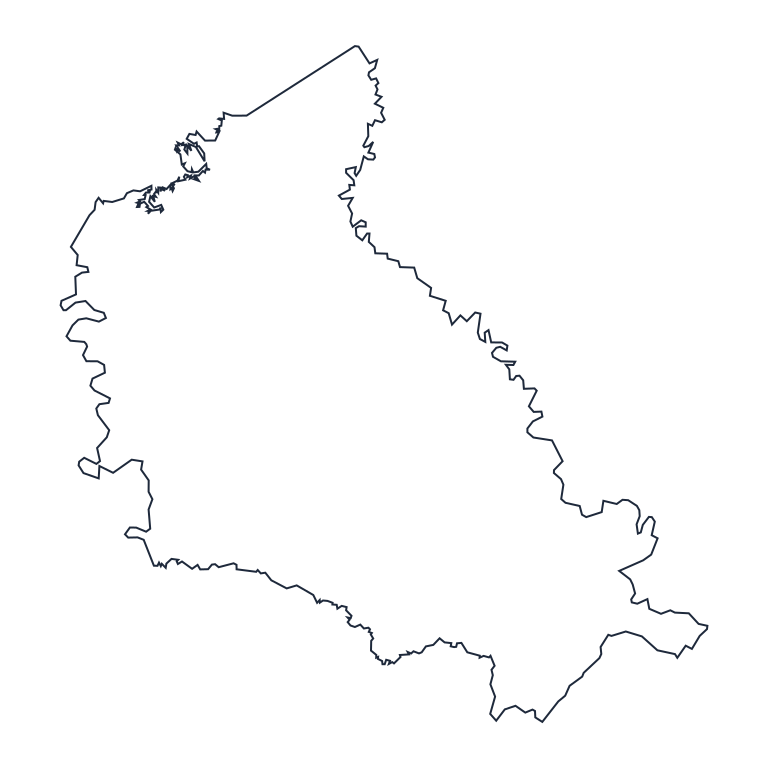 the district of Puerto Parra, Santander, Colombia
{"feature_id": "7082276B16167878822858", "entity_name": "Puerto Parra", "entity_type": "district", "adm_level": 2, "iso_a3": "COL", "parent_name": "Colombia", "parent_adm1": "Santander", "projection": "mercator", "projection_center": [-73.991, 6.701], "detail": "fine", "context": "isolated", "style": "outline", "palette": "slate", "viewbox_px": 768, "rotation_deg": 0, "n_neighbors": 0, "source": "geoboundaries", "source_scale": "gbopen_adm2", "svg_char_len": 6055}
<svg xmlns="http://www.w3.org/2000/svg" viewBox="0 0 768 768"><path d="M98.6,197.8L95.6,202.1L94.6,209.8L89.5,215.2L70.9,246.9L77.7,255.0L76.6,265.2L87.3,267.2L88.4,271.9L82.0,272.6L75.3,276.7L76.0,294.4L61.5,300.8L60.6,305.3L63.5,310.2L66.0,310.2L75.5,302.6L85.5,301.0L94.3,310.0L103.8,312.8L105.9,318.0L98.9,321.6L86.3,318.3L78.4,319.6L72.5,325.4L66.5,336.3L70.4,340.7L84.3,341.9L86.3,344.2L87.1,346.6L83.0,355.1L86.4,361.2L97.6,361.3L104.1,364.9L104.9,372.7L92.5,378.6L90.4,385.7L94.5,390.5L110.0,398.4L108.6,402.9L99.4,404.2L96.3,408.5L97.9,415.2L109.2,430.2L106.8,437.3L97.1,448.0L100.0,461.1L96.4,463.9L84.2,457.8L79.2,461.7L78.6,465.4L83.5,473.1L98.7,478.4L99.4,466.0L113.1,472.8L131.7,459.7L142.5,461.4L141.1,469.6L148.7,480.4L148.6,491.8L152.4,499.2L148.6,509.5L150.2,528.7L146.1,531.7L136.2,527.6L129.9,527.5L125.0,534.3L128.2,537.6L137.6,537.4L143.7,539.8L153.9,565.7L157.5,565.8L159.0,562.6L160.8,566.1L161.8,563.8L165.7,567.8L166.4,563.6L171.5,558.9L178.2,559.8L176.7,561.3L177.9,564.0L182.0,561.5L192.1,568.8L197.6,564.9L200.2,569.4L208.1,569.2L211.9,564.6L215.1,564.2L218.7,567.2L233.6,563.3L236.5,564.8L236.6,569.3L256.2,571.8L257.7,570.0L260.8,573.4L265.3,572.7L271.3,580.3L286.7,588.4L296.7,585.4L313.3,595.0L317.1,602.8L319.7,600.0L319.9,602.6L323.0,600.5L327.5,600.9L332.6,602.8L332.4,604.5L336.7,604.8L337.4,608.7L341.7,605.9L346.6,607.1L346.1,610.3L351.5,615.8L350.7,618.1L347.6,617.5L349.6,619.7L347.7,622.1L350.5,625.5L354.9,627.0L360.3,624.6L363.9,628.5L368.4,627.7L370.0,629.3L368.8,631.9L371.8,633.0L370.8,634.5L373.2,638.5L371.2,640.8L371.0,650.6L376.3,654.9L376.2,657.7L378.1,656.9L377.9,658.9L382.1,661.0L382.5,664.2L384.7,664.2L386.2,659.8L390.0,660.8L388.9,663.9L392.2,662.1L394.0,663.4L400.5,657.0L399.9,655.0L408.9,654.4L407.7,652.0L411.1,653.5L413.5,651.3L419.0,653.4L421.7,652.3L425.9,646.4L433.3,644.9L439.6,638.3L444.6,642.4L451.3,643.1L450.7,646.3L454.1,647.1L456.2,646.8L457.0,643.3L461.4,642.9L467.3,652.3L479.8,655.7L479.6,657.7L483.6,655.9L489.0,657.4L490.5,655.8L494.6,665.8L491.5,669.8L492.8,675.2L490.4,684.3L495.1,696.6L490.2,713.9L496.2,720.7L504.8,709.4L515.5,705.8L525.3,712.6L532.5,709.6L535.0,711.0L535.3,717.4L542.3,721.9L558.3,701.4L565.2,695.7L569.6,685.8L582.2,676.6L583.7,672.8L599.4,658.1L601.3,654.0L600.6,647.0L608.3,634.8L611.5,635.9L625.8,631.5L641.9,636.4L657.4,650.3L675.0,654.1L677.3,657.8L685.7,645.7L691.9,648.9L699.7,635.9L707.0,629.1L707.4,625.8L698.6,623.9L688.8,613.3L674.9,612.6L670.3,610.3L661.0,613.8L649.3,608.8L647.4,599.1L637.3,603.7L631.8,602.4L631.2,599.4L635.1,593.5L632.7,584.5L630.2,579.4L619.2,570.9L643.2,560.3L651.2,554.6L657.6,538.3L651.7,535.2L654.8,521.6L651.8,517.1L648.9,516.9L642.8,524.9L640.8,532.4L637.9,533.6L636.6,524.3L639.7,516.2L639.3,510.2L636.9,505.9L628.2,500.2L622.5,499.8L616.7,504.0L603.4,500.8L601.7,512.1L586.2,517.1L582.0,514.7L579.7,506.0L565.5,502.8L561.2,499.0L563.4,484.7L561.0,479.1L553.9,473.0L554.0,470.1L562.6,461.2L552.0,440.4L533.4,437.5L527.4,432.3L527.4,428.5L532.9,421.4L542.4,416.6L541.4,411.6L533.7,411.9L528.9,406.3L536.7,390.7L534.5,388.4L523.9,388.8L523.2,380.3L519.5,375.7L516.2,376.0L513.5,379.8L509.9,379.3L509.3,369.4L505.9,364.8L513.4,365.0L515.2,361.7L500.9,361.3L493.0,356.8L492.0,352.9L496.3,347.8L500.2,346.8L506.7,350.4L507.4,345.6L502.1,342.5L491.2,342.4L488.5,330.1L484.7,332.7L485.3,341.9L479.9,339.0L477.8,332.6L480.5,313.7L475.2,312.5L466.8,321.2L460.4,315.4L452.0,324.6L448.7,313.2L443.1,310.3L445.7,300.8L429.9,295.8L431.1,287.9L417.3,278.2L414.2,267.6L400.0,267.1L398.3,261.2L387.7,258.6L387.1,253.7L375.3,253.3L374.5,247.2L368.8,241.9L369.5,233.5L367.1,233.5L362.3,240.3L356.4,235.7L355.8,228.1L359.0,226.2L365.7,226.6L365.7,222.3L361.2,220.3L352.7,226.7L350.4,221.5L352.1,213.5L348.1,205.8L352.7,197.9L341.8,199.0L338.9,195.6L349.9,189.6L349.3,184.9L354.3,185.3L353.6,180.2L346.1,172.8L346.1,169.2L355.8,167.1L354.6,173.1L356.2,175.8L360.2,169.9L363.8,156.4L368.0,159.3L373.3,159.6L375.0,157.4L374.3,154.0L368.4,152.6L373.2,141.9L368.7,146.0L364.4,147.2L363.3,145.7L368.3,136.2L367.9,123.8L372.3,125.8L375.0,120.2L381.8,122.3L384.7,119.8L381.1,112.8L383.3,107.8L374.9,103.7L381.5,96.8L375.5,94.5L377.5,89.4L375.6,85.6L378.4,83.1L376.1,78.4L371.2,79.8L368.4,75.4L369.0,72.3L374.9,68.2L377.2,59.9L369.5,63.4L358.6,46.6L354.9,46.1L246.6,115.6L232.3,115.7L223.6,112.7L224.1,118.9L219.1,118.4L218.3,119.0L221.8,120.5L221.3,125.7L219.3,126.1L219.2,129.9L217.5,128.8L215.7,129.1L218.8,130.7L216.7,131.6L216.4,132.4L219.1,132.0L215.2,140.5L205.0,140.6L196.6,131.5L195.6,135.0L189.4,133.9L186.7,138.8L194.0,143.8L196.6,142.5L197.2,146.4L199.0,146.2L204.2,153.4L204.6,161.3L195.9,147.0L188.9,144.0L191.4,150.8L187.3,145.7L187.4,153.5L184.3,149.5L186.1,144.2L184.1,146.2L184.6,144.8L182.3,145.1L183.8,142.2L181.2,144.3L177.7,142.6L179.0,145.4L176.2,145.4L180.3,151.4L177.2,149.2L176.6,151.0L175.4,148.3L174.9,149.7L180.4,154.4L181.8,164.5L184.8,163.3L183.2,166.4L187.5,171.2L191.6,172.2L191.9,169.2L193.3,172.4L198.4,171.7L206.2,163.9L206.7,168.3L210.0,169.7L205.6,169.6L205.0,172.6L202.9,171.0L198.8,175.5L195.3,175.4L198.9,180.9L194.1,179.2L195.9,178.8L193.8,176.3L189.9,178.6L190.9,175.6L187.2,177.3L187.8,175.2L185.3,174.5L183.9,176.8L185.4,179.7L178.4,181.2L179.3,176.7L177.5,180.6L172.6,183.0L174.8,185.0L171.9,184.1L173.9,188.3L172.6,191.0L171.7,188.2L170.4,189.2L170.5,184.7L166.6,189.0L161.8,187.0L165.0,190.7L161.3,189.2L160.5,191.5L160.5,187.6L158.3,187.4L158.2,192.7L156.3,189.9L156.5,193.2L156.1,191.3L154.0,194.1L155.9,196.8L151.9,195.7L153.5,197.1L154.8,201.8L150.4,196.2L149.1,201.8L154.2,207.5L161.2,204.9L163.3,209.7L160.9,212.0L160.5,207.6L159.7,209.5L150.3,210.9L149.7,212.0L148.0,213.7L149.4,211.0L147.8,210.9L150.5,209.5L146.4,207.1L148.0,206.0L144.2,201.8L140.0,203.7L139.5,206.9L137.0,207.0L138.6,203.2L137.0,202.7L140.0,201.4L138.9,200.0L144.7,199.1L145.6,195.1L144.0,195.0L146.0,192.5L149.5,192.5L149.9,190.7L147.3,190.4L151.5,189.5L151.4,185.8L140.1,191.3L133.4,190.4L126.9,193.2L123.9,198.4L112.2,202.0L103.7,200.9L103.1,203.3L98.6,197.8Z" fill="none" stroke="#1e293b" stroke-width="2"/></svg>